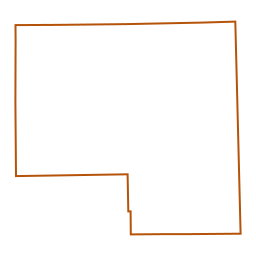 Livingston, Illinois, United States of America (Mercator projection)
{"feature_id": "52423323B19180764669845", "entity_name": "Livingston", "entity_type": "district", "adm_level": 2, "iso_a3": "USA", "parent_name": "United States of America", "parent_adm1": "Illinois", "projection": "mercator", "projection_center": [-88.597, 40.865], "detail": "fine", "context": "isolated", "style": "outline", "palette": "amber", "viewbox_px": 256, "rotation_deg": 0, "n_neighbors": 0, "source": "geoboundaries", "source_scale": "gbopen_adm2", "svg_char_len": 328}
<svg xmlns="http://www.w3.org/2000/svg" viewBox="0 0 256 256"><path d="M127.0,24.1L65.0,24.8L53.9,24.9L15.5,25.1L15.6,39.6L15.4,101.5L16.0,176.1L127.6,174.3L128.3,211.4L130.6,211.4L130.8,234.4L168.0,234.1L191.4,234.1L240.6,233.7L236.6,72.9L235.3,21.6L201.5,22.6L127.0,24.1Z" fill="none" stroke="#b45309" stroke-width="2"/></svg>